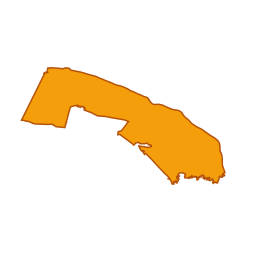 the district of Piedrujas pag., Kraslavas, Latvia, rotated 194°
{"feature_id": "27541924B60007072574234", "entity_name": "Piedrujas pag.", "entity_type": "district", "adm_level": 2, "iso_a3": "LVA", "parent_name": "Latvia", "parent_adm1": "Kraslavas", "projection": "mercator", "projection_center": [27.471, 55.816], "detail": "fine", "context": "isolated", "style": "filled", "palette": "amber", "viewbox_px": 256, "rotation_deg": 194, "n_neighbors": 0, "source": "geoboundaries", "source_scale": "gbopen_adm2", "svg_char_len": 5498}
<svg xmlns="http://www.w3.org/2000/svg" viewBox="0 0 256 256"><g transform="rotate(194 128 128)"><path d="M23.1,108.2L27.1,114.1L27.7,115.7L29.2,121.1L30.2,123.9L31.5,126.0L33.4,128.4L33.5,129.4L33.8,130.1L34.4,132.7L35.8,135.5L37.1,136.8L38.5,137.8L41.1,139.1L47.3,141.1L56.2,144.6L62.1,145.9L67.5,147.9L70.9,150.3L75.6,152.5L78.0,154.4L79.4,155.8L80.3,156.3L81.5,156.8L82.9,157.1L84.1,157.2L88.4,156.8L89.8,156.8L95.9,157.7L99.7,158.5L103.6,158.5L107.4,157.4L108.6,157.1L109.5,157.2L110.8,157.5L112.0,158.3L115.4,161.3L116.8,162.2L120.0,162.4L124.3,163.2L127.4,163.6L131.6,164.5L134.5,164.8L137.9,165.9L141.6,166.6L145.6,167.0L149.1,166.9L151.4,167.1L154.8,167.8L162.7,168.8L165.0,169.3L167.0,169.4L172.0,170.3L182.2,170.5L183.5,170.7L187.3,170.8L197.6,170.3L198.7,171.3L199.1,171.5L201.2,171.6L203.5,171.1L205.8,169.6L208.2,169.4L214.9,168.3L218.4,167.5L220.4,166.7L220.2,165.1L220.2,163.8L219.9,163.2L219.5,162.7L220.0,162.7L220.1,161.9L220.3,161.8L220.6,161.8L220.8,162.2L220.9,162.3L221.6,162.2L222.1,161.7L222.5,160.9L222.8,160.8L222.9,160.6L222.9,160.4L222.7,160.2L222.4,160.1L222.2,160.2L233.2,109.8L231.1,110.2L229.5,110.0L228.8,110.1L228.2,109.9L227.4,110.3L224.3,110.1L222.2,109.6L220.0,109.4L217.0,109.9L208.3,111.7L202.2,113.3L202.1,113.1L201.7,112.9L200.9,112.9L199.8,112.5L198.6,111.9L196.1,112.1L193.0,112.7L189.4,113.1L189.3,116.9L189.6,117.6L189.2,118.0L188.9,118.8L189.0,119.2L189.4,119.6L189.2,124.0L189.2,127.6L189.1,131.6L188.7,134.7L185.4,136.6L183.5,137.4L183.7,137.1L183.4,137.1L183.2,136.9L182.8,136.9L182.6,136.8L182.2,136.8L181.8,136.6L181.6,136.7L181.7,137.2L181.6,137.4L181.0,137.4L180.8,137.2L180.4,137.5L180.2,137.4L180.2,136.9L179.9,137.1L179.6,136.7L179.4,136.7L179.2,137.0L178.9,136.7L178.7,136.9L178.8,137.3L178.7,137.6L178.4,137.8L177.9,137.9L176.4,137.6L176.2,137.3L175.9,137.3L176.0,137.0L175.9,136.9L175.8,137.1L175.7,136.8L175.3,137.0L174.3,136.7L174.3,136.4L174.4,136.2L174.4,135.9L174.5,135.8L174.5,135.6L174.9,134.9L167.2,134.0L160.9,132.5L158.5,132.7L157.5,133.0L151.7,133.8L147.1,134.0L133.4,135.0L129.6,134.5L128.9,134.2L129.7,133.5L130.7,130.5L132.5,126.6L133.6,123.8L136.6,122.1L136.5,120.7L136.3,120.0L136.2,119.0L134.5,119.8L124.7,115.8L119.9,113.7L118.2,112.8L116.8,115.3L115.4,116.2L114.2,116.5L113.6,116.4L112.8,115.9L112.2,115.9L111.8,115.7L110.1,116.3L108.2,116.6L106.9,117.5L106.5,117.5L105.9,117.8L104.9,117.5L104.4,116.9L103.8,116.6L103.4,116.7L102.8,117.0L101.9,116.6L101.6,116.6L101.5,116.9L101.2,116.8L101.0,116.6L101.0,116.3L101.1,116.0L101.1,115.8L100.9,115.5L101.0,115.4L101.9,115.0L103.3,114.0L105.0,114.1L106.7,113.6L108.0,113.9L109.2,113.5L111.9,113.2L113.0,113.5L113.1,113.4L113.0,113.2L113.0,112.8L112.3,112.2L112.2,111.9L111.8,111.4L111.4,111.1L111.4,110.9L111.2,110.8L111.2,110.7L110.6,110.3L110.5,110.1L110.3,110.0L109.4,109.0L107.5,109.9L107.3,109.7L107.7,109.6L106.9,109.0L107.8,108.5L105.6,106.4L104.9,107.7L104.7,107.7L98.0,103.6L89.9,98.2L80.8,92.4L78.6,91.3L77.3,90.5L77.2,90.4L75.4,89.0L76.3,88.4L75.1,88.3L74.9,88.6L74.5,88.3L73.5,86.9L72.6,85.9L71.7,84.4L71.0,84.7L70.3,84.4L70.0,84.6L70.0,85.2L70.8,86.5L70.8,86.8L70.4,86.9L69.9,86.6L69.6,86.6L69.1,87.3L69.0,87.5L69.2,87.9L68.9,88.4L68.2,88.0L68.0,87.6L68.0,86.8L67.9,86.5L67.5,86.4L67.1,86.6L67.1,87.0L67.2,88.2L66.9,88.6L66.5,88.8L66.5,89.2L66.7,89.7L66.7,90.2L66.3,90.5L66.2,90.7L66.3,90.9L66.4,91.1L66.9,91.5L67.6,90.9L68.1,90.9L68.4,91.0L68.6,91.3L69.0,92.4L68.9,92.7L68.6,92.9L68.0,92.7L67.2,92.8L66.5,93.4L66.5,93.9L66.8,94.0L67.7,94.0L68.3,94.5L66.9,97.1L66.5,97.3L66.0,97.3L64.5,97.6L63.2,97.6L61.3,97.3L60.9,96.7L60.9,96.4L61.2,96.1L61.3,95.9L61.3,95.4L61.2,95.2L61.3,94.4L61.1,93.9L60.6,93.4L60.3,93.4L60.0,93.4L59.3,93.9L58.8,94.1L57.5,94.0L57.3,93.7L57.0,93.7L56.8,94.0L56.8,94.3L56.6,94.4L56.6,94.8L56.5,95.3L56.4,95.4L55.8,94.6L55.5,94.6L55.4,94.7L55.4,95.3L55.6,95.5L55.2,96.4L54.5,97.1L54.2,97.1L53.9,96.8L54.0,96.5L54.6,95.9L54.6,95.5L54.4,95.2L54.1,95.0L53.8,95.1L53.8,95.5L53.1,96.3L52.9,96.4L52.2,96.3L52.2,96.8L51.9,97.0L51.4,97.1L51.2,96.9L50.7,96.8L50.4,97.3L49.4,97.3L49.2,97.2L49.1,96.7L49.5,96.5L49.5,96.4L48.8,95.9L48.8,95.7L48.8,95.0L48.5,94.4L48.2,94.3L47.8,94.7L47.8,94.9L47.6,95.1L47.4,95.5L47.5,95.6L47.8,95.6L47.6,96.1L47.6,96.4L47.7,96.5L47.9,96.3L48.0,96.4L47.9,96.6L47.8,96.8L46.6,97.1L46.7,97.3L47.2,97.5L46.9,98.0L46.5,98.1L46.5,97.8L46.4,97.7L45.9,98.3L44.8,98.4L44.8,98.6L45.3,98.6L45.6,98.9L45.2,99.1L45.2,99.7L44.7,99.9L44.6,100.2L44.0,100.0L43.8,100.2L43.7,99.8L43.3,99.6L42.9,99.9L42.3,99.1L42.6,98.3L43.1,97.6L42.9,97.5L42.7,97.6L42.3,97.5L42.1,97.4L42.0,97.2L41.6,97.0L41.5,97.3L41.4,97.5L41.2,97.7L41.3,98.2L41.3,98.4L40.7,98.3L40.1,98.5L39.8,98.1L39.7,97.7L39.3,97.2L39.4,96.8L38.4,97.0L38.0,97.6L37.7,97.5L37.8,98.2L38.8,98.9L38.0,99.4L37.2,99.6L36.8,99.5L36.3,99.0L36.5,98.7L37.3,98.4L37.1,97.3L36.8,96.9L36.4,96.7L35.6,96.8L34.8,97.3L34.3,98.5L33.9,98.8L33.4,98.9L33.0,98.6L32.8,97.2L32.1,96.9L32.7,95.8L32.7,95.5L31.9,94.9L31.4,95.7L31.7,96.3L31.7,96.6L31.3,96.6L30.5,96.2L29.9,96.2L29.6,96.7L29.3,96.7L29.0,96.4L28.2,96.1L27.9,96.5L27.7,97.0L27.9,97.8L27.9,98.6L27.5,99.3L27.4,99.9L27.4,100.4L27.5,101.0L27.5,101.6L27.4,102.2L27.4,103.1L27.2,103.4L26.5,103.4L26.1,102.9L25.7,102.7L25.5,102.8L25.2,103.1L24.7,103.1L24.4,103.6L24.5,104.2L24.7,104.5L25.1,104.8L25.3,105.2L25.3,105.5L24.9,106.0L24.7,105.9L24.7,105.5L24.4,105.1L23.3,104.6L23.0,104.9L22.8,105.4L22.9,105.7L23.4,106.1L24.1,106.0L24.3,106.2L24.4,106.7L24.7,107.1L24.6,107.3L23.1,108.2Z" fill="#f59e0b" stroke="#b45309" stroke-width="1.5"/></g></svg>